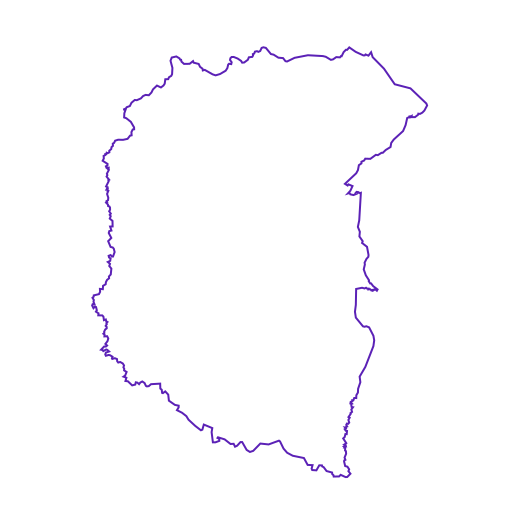 outline of Mueang Amnat Charoen, Amnat Charoen, Thailand, rotated 274°
{"feature_id": "78962969B23558627244082", "entity_name": "Mueang Amnat Charoen", "entity_type": "district", "adm_level": 2, "iso_a3": "THA", "parent_name": "Thailand", "parent_adm1": "Amnat Charoen", "projection": "albers", "projection_center": [104.623, 15.875], "detail": "fine", "context": "isolated", "style": "outline", "palette": "violet", "viewbox_px": 512, "rotation_deg": 274, "n_neighbors": 0, "source": "geoboundaries", "source_scale": "gbopen_adm2", "svg_char_len": 6058}
<svg xmlns="http://www.w3.org/2000/svg" viewBox="0 0 512 512"><g transform="rotate(274 256 256)"><path d="M231.1,379.6L234.1,375.0L236.7,372.7L236.6,371.8L238.8,370.2L239.7,370.4L244.4,366.9L250.2,364.4L255.1,365.2L256.9,364.8L260.8,366.4L263.0,368.1L264.8,368.2L272.9,366.1L276.4,360.9L278.2,361.4L282.7,357.8L287.4,357.9L292.1,355.6L298.8,356.5L326.3,356.2L325.9,355.3L326.7,353.9L326.1,353.3L326.9,353.1L327.0,351.9L325.5,350.8L324.7,351.3L323.6,349.0L324.1,345.8L325.4,344.9L324.8,343.3L327.7,345.6L332.5,347.4L333.9,343.2L332.7,342.5L334.2,339.7L345.5,350.2L348.8,351.7L353.8,352.3L355.7,354.7L357.4,354.6L358.8,357.2L360.7,358.2L360.9,363.3L365.3,368.5L365.1,370.5L367.7,374.0L367.8,375.3L370.8,378.0L374.1,382.6L378.2,383.0L381.8,385.3L390.9,394.0L397.0,396.1L404.2,397.2L405.2,399.1L405.9,399.2L406.1,400.1L405.3,400.3L406.5,401.6L405.4,401.7L405.6,404.9L408.3,407.9L409.3,408.0L409.2,409.7L410.6,411.9L412.8,413.8L418.1,416.2L420.0,415.3L434.0,398.4L437.0,382.4L451.8,370.6L462.5,358.5L467.3,356.6L463.7,354.2L464.7,351.2L463.7,350.5L463.6,349.1L466.6,341.2L470.6,334.5L468.0,332.5L468.0,331.3L465.5,329.2L461.3,327.5L461.4,326.9L460.0,325.9L460.0,322.2L457.5,319.1L456.9,317.0L459.6,311.7L460.1,308.8L459.9,293.8L456.4,280.7L452.2,273.4L452.4,271.8L455.3,269.2L455.4,264.5L458.1,259.5L458.5,256.8L464.3,251.3L464.7,248.8L464.0,247.1L460.8,245.9L459.8,244.1L460.4,242.7L459.8,240.7L457.8,240.1L457.2,238.8L455.8,239.1L454.4,238.4L453.7,235.0L451.2,234.2L448.2,230.7L447.9,228.7L449.6,227.5L451.7,223.9L453.0,219.9L452.8,217.8L451.6,216.7L449.7,216.4L447.6,218.2L445.7,217.9L445.9,215.7L445.0,214.9L441.4,214.3L438.7,212.8L435.0,207.4L433.4,203.1L434.2,200.0L438.1,191.9L437.4,190.0L439.1,189.6L440.8,187.0L443.6,185.4L444.5,180.3L446.0,179.6L443.1,176.4L442.6,170.8L444.7,168.1L446.5,167.6L446.6,166.6L447.8,165.9L449.5,162.6L448.1,158.1L444.8,157.1L437.8,159.5L431.5,159.6L429.8,158.9L428.2,156.7L426.3,156.1L426.0,153.2L421.5,152.9L419.6,151.8L417.5,149.4L419.1,145.3L415.0,141.6L411.8,140.3L408.9,137.9L409.0,134.6L407.7,132.2L405.2,130.2L403.1,126.2L403.2,124.2L400.2,121.1L396.8,119.7L395.4,116.6L394.1,115.9L392.8,113.4L392.9,115.7L389.2,114.7L385.0,114.8L384.4,117.0L381.1,121.8L375.8,125.4L373.9,125.6L373.6,124.2L370.9,123.1L367.7,123.5L367.3,122.0L363.9,119.7L362.6,115.2L362.4,110.4L361.2,107.4L359.0,106.6L358.1,105.3L355.9,105.6L354.6,104.3L352.5,104.1L350.8,102.3L349.2,102.5L348.2,100.8L348.6,99.8L347.1,99.5L347.1,98.5L346.1,98.5L345.2,97.0L342.7,97.4L340.3,96.4L337.5,101.5L336.1,101.5L335.0,100.0L333.6,100.7L333.9,102.9L332.9,102.9L332.6,102.0L331.6,103.2L327.7,101.5L326.3,102.1L324.8,101.4L321.8,104.2L321.3,103.4L320.3,103.8L314.9,101.6L314.2,103.2L312.0,102.3L312.3,103.4L310.7,103.3L310.6,104.1L307.5,103.1L303.8,104.6L301.4,104.5L300.2,103.0L299.3,103.7L298.7,102.8L297.0,104.7L295.5,105.0L295.2,106.3L294.1,107.0L291.9,107.2L290.4,106.4L288.1,108.2L286.8,107.2L285.6,108.3L283.1,107.5L281.0,110.4L275.5,110.9L275.2,108.4L271.3,110.0L270.6,107.9L268.7,107.5L263.9,110.4L260.5,107.5L254.9,110.3L254.5,112.5L253.4,113.6L250.1,114.7L245.5,113.4L245.4,112.3L246.8,110.9L245.9,109.0L244.3,109.5L243.4,111.1L241.0,110.9L239.7,108.6L238.0,110.9L235.8,110.3L233.3,112.6L227.4,112.4L225.3,110.7L223.5,111.0L221.8,109.1L219.5,108.1L217.3,108.0L215.6,105.5L212.2,105.5L212.3,102.6L209.4,103.0L207.0,102.0L205.4,96.9L204.1,96.9L202.9,95.8L200.8,97.3L199.0,97.1L196.4,98.3L196.5,96.4L195.2,96.0L192.6,97.5L194.1,98.7L193.9,100.0L190.8,101.0L189.3,100.2L187.8,102.9L185.8,102.8L186.0,106.8L184.9,108.0L181.4,108.8L182.2,110.6L180.5,111.1L179.8,112.4L178.6,111.4L177.6,111.9L175.8,110.9L174.8,112.0L173.4,112.1L172.2,110.7L169.9,109.8L168.7,110.1L167.8,109.2L167.0,110.4L165.2,110.4L165.6,113.1L163.4,114.4L160.7,113.8L157.8,111.9L156.3,113.7L155.2,112.6L155.1,110.8L151.7,108.0L151.5,109.5L150.5,110.3L152.3,113.1L152.0,114.2L150.5,116.1L149.2,113.0L147.3,112.5L146.0,113.2L147.0,115.9L146.8,117.4L145.5,119.9L143.9,119.4L143.3,119.8L144.2,122.3L143.5,124.5L141.3,124.9L140.1,126.0L140.8,127.9L139.5,130.6L137.6,132.0L135.7,131.5L134.4,132.4L132.7,132.4L131.3,135.0L127.6,133.8L126.4,132.3L125.5,135.2L122.2,134.5L122.1,136.9L118.3,141.5L119.3,144.5L121.6,144.9L121.4,146.5L120.0,148.3L121.7,149.4L122.9,151.3L121.5,153.7L118.8,155.2L118.3,156.2L118.7,158.1L120.8,160.2L122.0,169.3L117.1,169.8L116.0,171.3L112.9,171.9L112.7,172.7L114.6,174.9L111.6,178.1L105.6,179.2L101.8,185.5L101.3,189.3L99.6,189.4L96.7,187.9L94.5,193.1L91.4,197.7L88.0,200.1L82.3,207.2L78.3,213.2L79.0,214.6L84.2,215.7L81.3,224.4L77.2,224.0L67.1,226.0L67.3,228.5L69.0,232.3L71.1,232.1L71.8,230.3L72.5,230.7L70.9,237.5L66.7,243.7L67.1,246.8L64.3,248.4L65.4,250.4L69.3,253.5L69.4,255.2L61.9,260.2L60.1,263.6L61.4,266.8L69.2,273.4L68.9,281.7L73.4,291.8L72.7,292.9L65.8,296.9L61.9,300.8L59.3,306.6L57.8,317.9L51.2,322.1L51.3,327.0L47.8,326.3L46.4,327.0L46.4,331.2L51.6,333.7L51.7,336.4L50.7,336.7L50.1,338.2L46.4,341.4L45.3,347.0L43.7,347.3L42.7,348.6L41.4,348.9L41.9,354.3L43.6,355.7L41.7,360.8L41.9,362.4L45.4,365.4L47.8,363.2L49.7,363.8L52.2,361.9L52.7,359.6L57.2,358.2L58.2,358.3L58.9,359.4L61.1,358.4L65.0,359.7L67.6,359.3L68.2,358.4L71.1,358.4L71.1,357.5L72.1,358.0L72.3,357.1L73.2,358.1L72.9,358.8L74.2,358.4L74.3,357.5L75.6,359.1L80.1,355.7L81.6,357.1L84.6,357.6L84.6,358.9L87.8,359.0L87.9,357.8L89.4,356.6L90.1,357.7L91.1,356.8L91.0,357.8L91.9,357.9L92.3,358.8L93.8,357.8L95.2,358.4L95.0,359.6L96.3,360.6L98.9,359.6L101.2,360.7L101.8,359.5L105.1,361.5L105.8,361.2L107.2,362.7L109.5,361.8L111.9,363.3L112.1,361.9L115.0,361.2L115.4,362.1L116.2,361.3L115.9,360.5L117.0,360.6L118.1,362.3L118.8,362.1L118.9,363.2L121.2,363.9L121.3,365.9L124.1,365.8L126.9,367.2L130.6,367.1L137.4,368.9L142.9,367.8L153.0,372.8L174.3,379.4L180.1,379.8L184.6,378.7L192.7,373.8L193.6,371.0L193.0,369.2L193.3,367.6L201.5,359.9L207.3,358.6L214.2,359.0L230.1,358.2L231.7,364.0L231.2,366.6L232.0,368.0L231.2,369.1L231.3,370.6L230.5,370.5L230.8,372.2L229.9,373.5L230.2,374.4L229.6,374.0L229.4,374.8L231.1,377.2L229.8,379.0L231.1,379.6Z" fill="none" stroke="#5b21b6" stroke-width="2"/></g></svg>